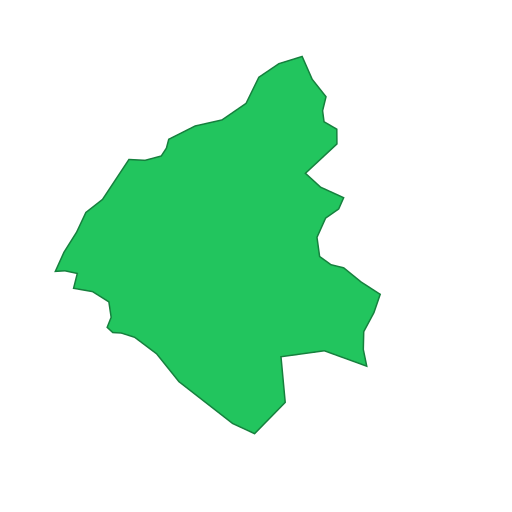 Muramvya, Natural Earth projection, rotated 50°
{"feature_id": "BDI-3365", "entity_name": "Muramvya", "entity_type": "Province", "adm_level": 1, "iso_a3": "BDI", "parent_name": "Burundi", "parent_adm1": "", "projection": "natural_earth1", "projection_center": [29.66, -3.246], "detail": "fine", "context": "isolated", "style": "filled", "palette": "green", "viewbox_px": 512, "rotation_deg": 50, "n_neighbors": 0, "source": "natural_earth", "source_scale": "10m", "svg_char_len": 827}
<svg xmlns="http://www.w3.org/2000/svg" viewBox="0 0 512 512"><g transform="rotate(50 256 256)"><path d="M132.8,92.4L156.8,99.4L179.0,100.0L187.5,111.6L196.9,117.6L210.8,112.6L222.2,122.0L224.4,165.0L244.8,162.3L267.7,151.4L273.1,162.4L271.7,178.3L280.9,197.3L297.3,207.6L310.8,204.2L321.5,196.4L343.5,192.2L365.2,185.5L375.2,202.1L383.2,222.1L396.6,233.9L411.6,242.0L372.5,264.6L349.2,301.6L386.9,327.7L391.2,371.3L369.2,381.6L302.8,395.8L267.1,395.0L240.3,401.2L228.3,408.8L222.6,414.9L215.0,415.9L209.9,406.4L196.6,398.2L178.2,404.1L163.5,416.5L154.5,404.1L144.5,411.9L138.8,419.6L129.7,400.7L122.4,378.0L113.3,358.3L114.0,337.2L100.4,291.3L111.4,279.5L118.5,264.3L115.8,255.3L110.5,247.8L117.3,219.0L129.9,194.6L132.7,165.5L120.9,138.9L123.4,114.8L132.8,92.4Z" fill="#22c55e" stroke="#15803d" stroke-width="1.5"/></g></svg>